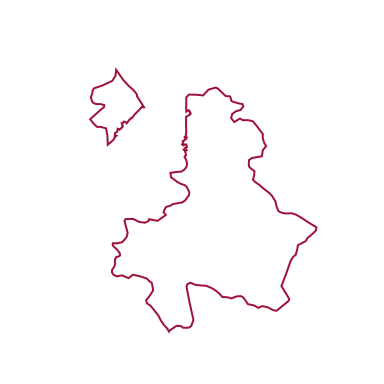 outline of Rural Damascus, Rif Dimashq, Syria, rotated 339°
{"feature_id": "27442178B80699161134092", "entity_name": "Rural Damascus", "entity_type": "district", "adm_level": 2, "iso_a3": "SYR", "parent_name": "Syria", "parent_adm1": "Rif Dimashq", "projection": "mercator", "projection_center": [36.292, 33.405], "detail": "fine", "context": "isolated", "style": "outline", "palette": "rose", "viewbox_px": 384, "rotation_deg": 339, "n_neighbors": 0, "source": "geoboundaries", "source_scale": "gbopen_adm2", "svg_char_len": 5544}
<svg xmlns="http://www.w3.org/2000/svg" viewBox="0 0 384 384"><g transform="rotate(339 192 192)"><path d="M197.5,155.8L198.1,160.3L197.5,163.8L195.9,166.5L194.4,167.5L192.1,168.6L189.4,169.1L188.6,168.9L185.2,167.9L178.7,166.4L177.7,170.7L181.9,177.4L184.8,180.7L187.6,182.9L188.9,185.4L189.4,191.3L188.1,193.8L182.6,197.4L179.2,198.2L169.9,196.4L167.4,197.0L162.3,196.7L159.2,199.4L158.2,200.8L158.9,202.5L159.3,204.1L149.5,206.6L142.1,202.0L140.8,203.6L137.0,203.8L131.8,200.9L127.4,196.0L120.2,193.5L118.6,194.8L117.3,207.1L115.0,210.4L112.3,212.1L108.7,213.8L103.7,213.1L100.0,211.5L99.1,212.5L99.0,214.1L101.8,219.9L102.6,223.2L102.1,225.5L100.4,225.9L97.9,225.6L95.7,227.7L94.5,231.6L92.2,234.2L89.4,236.1L88.5,238.4L89.1,241.3L91.9,244.0L94.8,244.3L97.1,245.0L101.9,249.7L107.2,248.1L109.3,249.5L111.1,250.6L113.3,252.1L118.7,256.5L120.3,260.1L121.9,262.6L120.6,269.7L118.3,271.6L113.7,274.8L110.4,276.5L110.0,279.7L112.5,283.2L114.1,288.1L116.3,295.2L116.9,301.0L118.2,306.2L119.9,310.5L120.5,314.1L121.6,313.3L129.6,311.4L133.5,313.1L135.3,315.7L140.5,317.5L143.4,316.7L147.5,311.9L150.2,293.8L152.9,278.6L154.6,276.4L157.9,276.1L162.4,280.3L171.5,284.6L172.3,285.2L173.0,285.9L173.8,286.6L174.5,287.3L175.1,287.9L175.8,288.7L176.5,289.4L177.1,290.2L177.7,291.0L178.3,291.9L178.9,292.7L179.4,293.6L179.9,294.5L180.4,295.4L180.9,296.3L181.3,297.2L181.7,298.2L182.1,299.1L182.4,300.1L182.7,301.0L183.8,301.4L184.3,301.6L185.0,301.8L185.5,302.1L186.1,302.4L187.1,302.9L188.1,303.5L189.0,304.1L189.5,304.5L190.0,304.9L190.9,305.6L191.6,305.5L192.2,305.5L192.8,305.4L193.4,305.4L194.0,305.4L194.7,305.4L195.3,305.5L195.9,305.5L196.5,305.6L197.1,305.7L197.8,305.9L198.4,306.1L200.6,306.9L201.6,308.2L202.9,311.5L204.0,316.8L209.0,319.9L212.6,324.0L216.8,323.7L221.6,327.0L225.6,331.6L228.5,333.2L243.1,328.3L244.2,327.1L244.4,326.2L241.8,311.9L252.3,300.1L259.2,291.9L262.7,289.1L266.5,287.6L269.5,283.6L271.8,279.6L280.6,278.6L283.4,276.3L290.2,274.0L293.9,272.3L295.5,269.5L290.4,263.0L285.3,255.8L281.0,250.4L277.6,247.7L270.8,245.2L268.0,243.2L265.9,241.0L265.7,236.5L266.5,230.4L265.2,223.8L263.6,220.2L260.6,215.5L257.2,209.2L254.6,205.4L253.3,202.4L255.9,198.8L257.8,195.0L255.4,191.1L254.4,188.7L255.0,186.2L256.7,182.6L260.3,181.8L270.1,183.7L273.1,178.3L277.6,175.8L277.0,171.5L277.4,166.8L278.9,163.2L278.5,162.1L276.4,154.6L275.5,151.6L274.1,147.7L271.1,145.7L270.1,145.0L265.2,143.2L263.1,140.6L256.5,141.8L255.0,137.0L257.5,133.6L262.3,132.3L266.5,132.9L270.6,130.5L270.6,128.0L267.2,125.9L263.3,123.0L261.4,121.2L261.8,118.3L261.8,116.4L257.8,114.5L253.1,104.4L251.2,102.9L244.1,102.4L239.6,104.5L236.9,105.8L231.3,102.9L224.1,100.0L220.5,101.6L220.3,102.3L219.5,104.3L218.4,107.2L215.9,113.5L215.5,114.5L215.4,115.0L216.0,114.8L216.8,114.6L217.8,114.3L218.0,114.8L218.3,115.5L218.6,115.4L218.6,115.5L218.8,116.2L218.8,116.3L218.5,116.4L218.6,116.7L218.6,117.1L219.0,118.0L218.9,118.2L218.7,118.2L218.5,118.3L218.3,118.2L218.0,118.3L218.0,119.0L217.1,119.1L215.0,119.5L214.1,119.6L213.5,119.6L212.5,122.2L212.0,123.5L211.5,124.6L210.6,126.9L210.3,127.7L210.1,128.1L210.0,128.5L209.9,128.8L209.8,129.3L209.7,129.6L209.4,130.5L209.2,131.0L208.5,132.7L208.5,132.9L208.3,133.7L208.0,134.5L207.8,134.8L207.3,135.2L207.2,135.4L207.1,135.5L206.8,136.2L206.8,136.4L206.7,136.6L206.7,137.0L206.6,137.3L206.5,137.9L206.4,138.0L206.5,138.2L206.5,138.3L206.6,138.7L206.4,138.6L206.0,138.1L205.8,138.1L205.6,138.0L205.0,137.9L204.9,137.9L204.7,138.1L204.8,138.6L204.9,139.1L205.5,140.5L205.1,140.6L204.6,140.7L203.8,140.7L203.5,140.7L203.4,140.7L203.2,140.8L203.0,141.0L202.7,141.2L202.7,141.3L201.4,141.3L201.4,142.8L201.3,143.7L200.8,143.8L200.2,143.8L199.8,143.9L199.9,144.1L200.1,144.8L200.4,145.3L201.9,145.2L202.5,145.2L202.7,145.3L203.4,145.4L203.6,145.5L203.6,145.8L203.5,147.6L203.5,148.1L203.0,148.1L202.7,148.1L201.8,148.2L201.3,148.3L201.4,148.5L201.6,149.2L201.8,150.2L202.0,151.1L201.8,151.1L201.6,151.1L201.3,151.0L200.8,150.6L199.4,149.6L199.4,149.8L200.2,150.4L200.0,151.8L200.1,153.0L199.7,154.5L199.8,155.1L199.7,155.3L199.3,155.8L197.7,156.1L197.5,155.8ZM177.6,95.8L175.0,83.2L175.5,80.9L173.9,75.9L170.9,70.2L168.0,62.9L165.0,50.8L162.0,56.4L157.3,59.7L145.7,60.5L142.7,60.3L137.6,60.1L135.9,61.4L134.2,64.2L132.8,65.9L131.4,67.7L131.2,71.2L131.8,73.6L134.0,75.5L138.2,77.2L141.2,79.4L140.4,81.2L136.7,82.3L123.0,87.6L124.4,92.2L126.6,97.1L130.0,98.4L134.6,101.8L133.2,109.1L130.3,117.7L137.5,115.1L139.7,113.2L140.0,113.0L141.3,112.5L140.9,112.3L140.4,112.0L140.2,111.9L140.3,111.8L140.6,111.3L140.4,111.0L140.6,110.7L140.8,110.6L140.8,110.1L140.9,109.8L141.1,109.5L141.5,109.4L142.1,109.2L143.5,109.1L143.8,108.8L144.0,108.5L144.5,107.9L144.7,107.6L145.0,107.0L145.3,106.3L145.8,106.7L146.1,106.9L146.3,107.5L146.5,107.8L146.9,107.7L147.2,107.6L147.5,107.4L147.8,107.5L148.0,107.6L148.3,107.3L148.7,107.0L149.2,106.8L149.5,106.9L149.9,106.6L150.3,106.3L150.8,106.1L151.1,105.8L151.1,105.6L150.6,105.2L150.6,104.9L151.0,104.5L150.9,104.2L150.9,103.9L150.9,103.7L151.0,103.3L151.0,102.7L151.3,102.8L151.5,102.9L151.8,102.9L152.1,102.9L152.4,102.7L152.5,102.4L152.7,102.1L152.9,101.9L153.1,101.8L153.5,101.8L153.8,101.9L154.1,102.1L154.7,102.7L155.0,102.8L155.1,103.0L155.4,103.6L155.4,104.3L155.5,104.5L157.7,103.2L157.8,103.2L159.5,102.0L160.5,102.1L160.8,101.7L161.0,101.4L161.8,101.1L162.4,101.2L162.6,101.2L163.0,101.0L163.6,100.9L163.8,100.8L164.0,100.7L164.3,100.4L165.5,99.4L172.2,96.4L176.0,94.4L176.5,94.9L177.1,95.7L177.3,95.8L177.5,95.8L177.6,95.8Z" fill="none" stroke="#9f1239" stroke-width="2"/></g></svg>